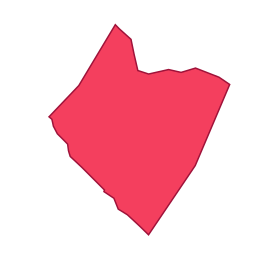 Roblot, Choiseul, Saint Lucia (Mercator projection), rotated 294°
{"feature_id": "8701671B17506768267168", "entity_name": "Roblot", "entity_type": "district", "adm_level": 2, "iso_a3": "LCA", "parent_name": "Saint Lucia", "parent_adm1": "Choiseul", "projection": "mercator", "projection_center": [-61.023, 13.804], "detail": "fine", "context": "isolated", "style": "filled", "palette": "rose", "viewbox_px": 256, "rotation_deg": 294, "n_neighbors": 0, "source": "geoboundaries", "source_scale": "gbopen_adm2", "svg_char_len": 567}
<svg xmlns="http://www.w3.org/2000/svg" viewBox="0 0 256 256"><g transform="rotate(294 128 128)"><path d="M217.2,74.4L146.7,65.8L106.1,51.3L105.0,54.9L102.1,57.1L99.3,59.1L95.9,63.4L94.0,65.8L90.1,76.0L88.7,79.4L88.1,79.8L83.0,82.9L80.9,84.7L78.5,86.8L73.2,102.1L61.8,131.7L60.7,131.8L60.1,131.9L58.1,143.7L49.9,152.1L48.5,162.7L43.3,178.0L38.8,190.2L39.4,190.3L121.0,204.7L209.1,203.2L211.4,190.5L210.2,165.3L200.4,153.9L197.9,141.3L185.7,124.9L184.5,113.6L197.9,103.5L210.2,94.7L215.1,79.6L217.2,74.4Z" fill="#f43f5e" stroke="#9f1239" stroke-width="1.5"/></g></svg>